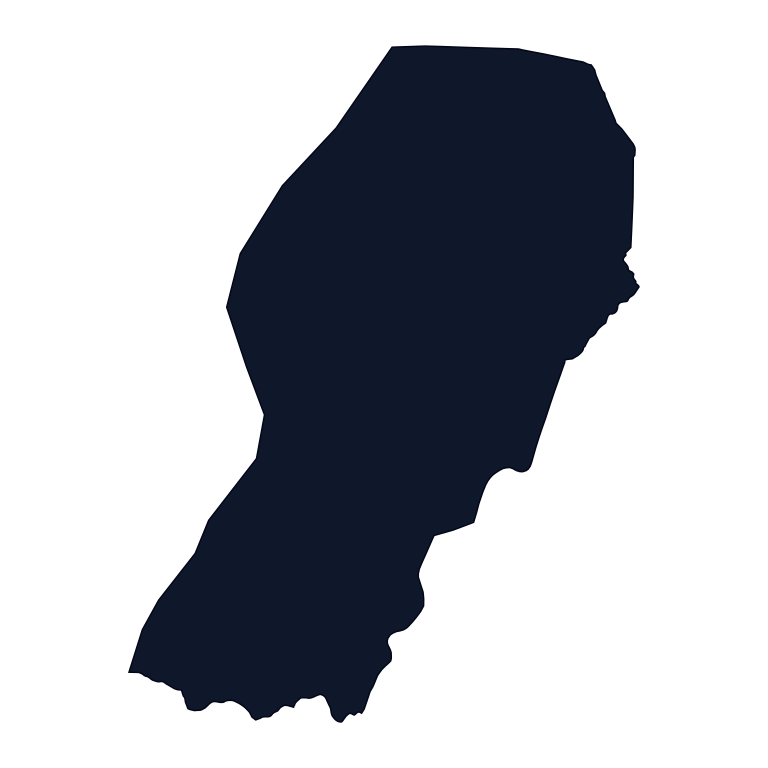 Obuasi East, Ashanti, Ghana (Mercator projection)
{"feature_id": "2480657B26017273678273", "entity_name": "Obuasi East", "entity_type": "district", "adm_level": 2, "iso_a3": "GHA", "parent_name": "Ghana", "parent_adm1": "Ashanti", "projection": "mercator", "projection_center": [-1.604, 6.179], "detail": "fine", "context": "isolated", "style": "filled", "palette": "ink", "viewbox_px": 768, "rotation_deg": 0, "n_neighbors": 0, "source": "geoboundaries", "source_scale": "gbopen_adm2", "svg_char_len": 4191}
<svg xmlns="http://www.w3.org/2000/svg" viewBox="0 0 768 768"><path d="M129.0,672.2L138.6,672.4L139.8,672.8L141.6,673.6L143.0,674.4L144.1,675.4L145.5,676.1L147.2,676.5L149.0,677.4L150.1,678.3L151.3,679.3L152.6,680.1L154.7,680.8L156.8,681.5L158.8,681.8L160.6,681.5L161.7,681.5L163.1,681.7L164.0,682.3L165.0,682.9L166.1,683.8L168.2,685.0L174.5,688.7L176.3,689.3L178.1,689.8L180.0,689.9L181.5,690.1L182.7,694.1L183.3,696.0L184.2,697.0L184.9,698.3L185.1,699.8L185.5,702.3L186.5,704.8L187.9,708.6L189.9,709.5L192.0,710.0L194.8,710.6L197.1,710.3L198.8,710.3L200.8,710.1L202.7,709.2L204.7,708.1L206.6,706.5L209.0,704.1L210.9,702.6L212.7,701.7L214.9,701.5L217.2,701.8L220.2,702.4L222.2,702.4L223.8,702.1L225.5,701.0L228.2,700.4L230.8,700.3L233.2,700.6L236.0,701.8L239.5,703.6L242.8,705.8L245.3,707.8L247.6,710.1L248.7,711.3L249.7,712.5L251.0,715.1L251.9,717.0L253.5,718.2L254.6,719.1L255.8,719.9L257.5,719.2L259.9,718.4L262.5,717.0L264.1,716.8L265.5,716.7L267.8,716.8L269.5,716.5L270.7,715.9L272.0,714.5L273.0,713.3L274.4,712.4L276.3,711.5L277.6,710.9L278.9,709.4L279.4,708.5L281.4,706.8L284.6,705.2L286.6,705.4L287.7,705.5L293.6,707.2L293.8,706.0L294.6,705.0L294.9,703.6L296.1,702.1L297.5,700.7L299.2,699.2L300.4,698.1L302.0,697.7L303.6,697.7L306.1,697.8L309.1,698.2L311.7,697.7L314.2,696.7L316.3,695.7L318.0,695.0L319.3,694.6L320.9,694.4L323.3,695.5L325.2,697.1L326.3,699.1L327.2,701.2L328.3,703.6L329.2,705.5L330.2,707.5L330.7,708.9L331.0,711.0L331.3,713.0L332.0,715.4L333.6,717.7L334.9,719.2L336.4,720.5L338.3,721.5L340.0,721.9L341.6,721.9L342.9,720.5L344.4,718.3L346.0,716.2L347.6,714.7L349.0,713.6L350.2,713.3L351.6,713.7L353.1,714.6L354.2,715.0L355.1,714.5L356.3,713.3L357.5,712.2L359.4,712.0L360.7,712.7L361.6,713.2L364.1,709.2L366.4,702.5L368.4,696.6L370.0,691.6L370.9,690.1L372.8,686.8L374.3,683.4L376.0,679.2L377.5,675.6L379.4,672.8L382.1,669.2L385.2,666.1L387.9,663.7L390.6,661.1L391.2,658.9L391.3,656.3L391.1,652.5L390.3,649.9L388.2,645.6L387.6,644.3L387.2,641.1L387.9,638.2L390.3,634.8L392.8,633.1L396.5,631.5L399.7,630.9L402.1,630.2L403.5,629.8L406.5,628.0L408.5,626.2L412.9,621.4L416.8,616.6L420.7,611.3L423.6,605.9L423.7,598.9L423.3,594.5L423.0,591.9L421.5,587.3L419.7,581.6L418.3,577.3L418.3,573.8L419.2,569.3L421.6,563.4L426.1,553.4L429.6,545.4L434.0,535.5L453.6,529.9L473.6,522.3L476.7,512.0L477.7,508.0L478.9,503.5L482.6,492.5L485.6,485.0L487.9,480.8L490.1,477.8L492.3,475.4L495.2,473.1L499.2,470.5L503.2,468.4L505.2,468.0L506.7,467.7L509.6,467.5L512.5,468.4L516.5,470.6L519.9,471.6L522.7,471.7L526.1,470.6L528.2,469.1L530.3,466.0L531.7,462.0L533.5,455.6L535.9,447.1L539.3,436.4L541.7,429.2L545.9,417.3L546.7,414.8L550.1,404.3L554.2,392.1L559.2,378.0L560.3,375.0L562.6,368.3L564.7,362.5L564.9,360.0L567.1,359.4L572.3,358.8L578.0,355.4L580.3,353.4L582.0,351.6L583.0,350.0L583.3,348.6L583.6,347.5L585.0,346.3L586.1,343.9L587.5,341.3L589.3,338.0L592.8,335.9L594.4,334.6L595.9,332.7L597.0,330.7L598.7,328.5L601.0,326.4L603.2,324.6L604.6,323.7L605.6,323.0L606.3,320.9L607.0,318.4L608.0,315.9L608.9,314.7L610.6,313.8L612.1,314.0L613.7,313.4L615.3,312.5L616.7,310.8L617.5,308.3L617.7,306.1L618.2,304.5L619.7,303.0L620.8,302.4L623.6,301.8L625.6,301.6L626.8,301.4L627.7,300.7L628.2,299.4L629.6,297.4L631.6,296.2L633.7,294.6L635.5,292.2L636.6,290.5L637.6,289.0L639.0,286.9L638.4,285.6L637.0,284.4L635.9,283.5L635.7,282.4L635.8,281.4L635.3,280.6L634.3,279.5L633.3,277.5L633.3,276.4L633.7,274.0L633.0,273.1L631.9,272.0L630.6,271.4L629.5,270.9L628.7,270.3L628.3,269.1L628.1,267.7L627.6,266.2L626.3,264.3L625.2,262.9L624.1,261.7L623.3,260.4L623.2,259.5L623.5,258.3L624.4,256.9L625.9,255.4L625.5,252.9L630.8,247.5L631.8,226.4L633.0,197.4L633.3,157.2L634.8,155.2L635.1,149.5L634.8,147.5L634.1,145.8L633.1,143.9L621.8,129.0L616.0,123.2L615.1,120.1L609.4,106.7L605.2,96.8L604.6,93.3L602.2,90.4L598.3,80.8L596.0,75.2L594.6,69.9L591.3,65.0L588.3,64.4L584.8,62.8L583.4,62.1L565.7,58.6L544.8,54.2L531.6,51.7L522.3,49.9L518.6,49.0L494.0,48.3L465.8,47.4L439.9,46.5L425.3,46.1L418.4,46.3L392.1,47.2L336.2,128.0L282.4,185.7L240.3,253.6L226.7,307.2L246.6,367.0L264.5,414.8L256.5,458.6L208.7,520.3L195.2,553.4L158.7,600.1L142.4,629.6L129.0,672.2Z" fill="#0f172a" stroke="#020617" stroke-width="1.5"/></svg>